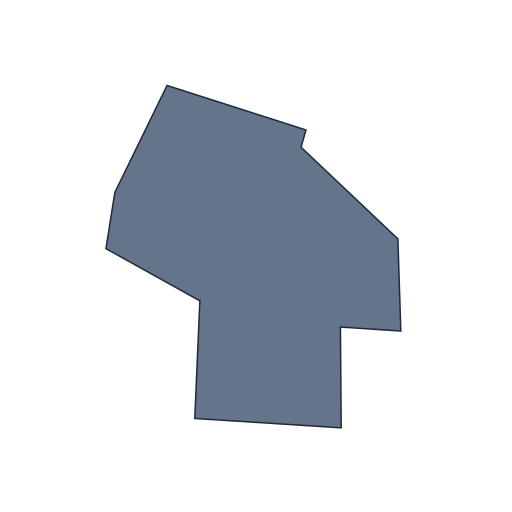 the district of Bois D'Inde, Soufrière, Saint Lucia, rotated 341°
{"feature_id": "8701671B31799938456205", "entity_name": "Bois D'Inde", "entity_type": "district", "adm_level": 2, "iso_a3": "LCA", "parent_name": "Saint Lucia", "parent_adm1": "Soufrière", "projection": "mercator", "projection_center": [-61.035, 13.837], "detail": "fine", "context": "isolated", "style": "filled", "palette": "slate", "viewbox_px": 512, "rotation_deg": 341, "n_neighbors": 0, "source": "geoboundaries", "source_scale": "gbopen_adm2", "svg_char_len": 361}
<svg xmlns="http://www.w3.org/2000/svg" viewBox="0 0 512 512"><g transform="rotate(341 256 256)"><path d="M227.4,65.8L143.2,150.0L116.3,200.6L116.6,200.3L187.9,279.7L188.5,279.7L145.2,389.7L280.6,446.2L312.7,350.7L368.5,374.1L395.1,288.0L395.7,286.0L334.0,167.8L344.3,153.1L342.1,151.5L227.4,65.8Z" fill="#64748b" stroke="#1e293b" stroke-width="1.5"/></g></svg>